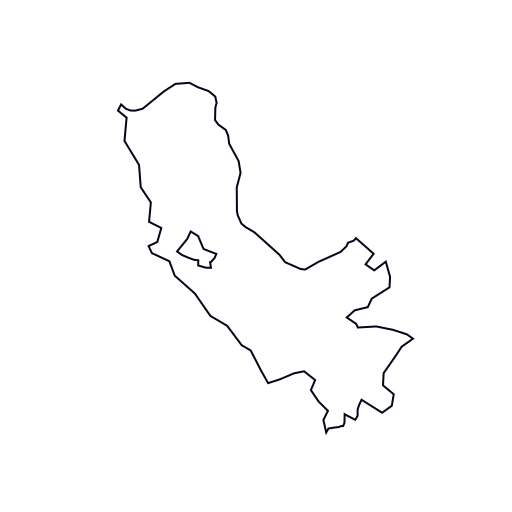 Pskent, Tashkent, Uzbekistan (Natural Earth projection), rotated 207°
{"feature_id": "79887680B75193688061986", "entity_name": "Pskent", "entity_type": "district", "adm_level": 2, "iso_a3": "UZB", "parent_name": "Uzbekistan", "parent_adm1": "Tashkent", "projection": "natural_earth1", "projection_center": [69.451, 40.796], "detail": "fine", "context": "isolated", "style": "outline", "palette": "ink", "viewbox_px": 512, "rotation_deg": 207, "n_neighbors": 0, "source": "geoboundaries", "source_scale": "gbopen_adm2", "svg_char_len": 1651}
<svg xmlns="http://www.w3.org/2000/svg" viewBox="0 0 512 512"><g transform="rotate(207 256 256)"><path d="M113.3,130.6L113.1,135.2L109.3,138.0L106.6,139.9L105.0,140.8L102.8,143.2L101.1,144.1L101.5,147.6L105.2,155.3L103.6,155.2L93.2,155.1L93.0,157.6L92.9,159.6L93.4,160.7L95.7,165.3L96.5,169.8L96.7,175.8L72.5,173.6L67.0,184.2L70.5,195.3L84.1,198.4L89.1,209.6L86.4,229.0L85.0,241.4L78.6,253.6L85.8,254.7L100.5,252.4L116.9,247.8L132.8,238.5L135.9,241.0L147.2,242.4L143.4,252.4L133.2,261.2L133.5,270.6L122.8,288.7L127.1,298.3L137.8,309.9L144.1,296.9L154.6,298.3L152.2,311.4L175.1,317.3L175.7,314.3L180.0,309.6L179.8,305.7L182.5,298.0L188.6,290.4L197.8,279.0L206.1,266.2L210.3,264.7L227.2,263.7L235.8,267.8L268.2,276.4L278.3,277.0L283.8,278.3L290.8,284.0L293.4,287.4L304.3,308.4L307.5,323.1L314.6,332.7L330.8,343.8L335.6,350.8L340.1,354.6L349.0,355.9L354.2,358.5L359.6,369.8L360.6,374.5L364.6,379.5L367.8,380.3L373.1,381.4L384.4,380.0L393.9,380.1L405.9,372.8L412.7,361.0L423.9,335.7L429.6,330.7L433.7,328.7L438.7,328.1L445.0,329.8L445.0,322.9L434.1,320.5L425.4,298.8L401.6,284.1L389.9,264.9L374.0,256.0L366.8,237.9L353.1,238.0L350.3,223.7L356.2,216.1L350.1,211.3L330.8,212.0L319.5,201.6L293.4,194.8L269.4,181.9L250.0,180.7L228.2,170.0L217.8,169.4L199.6,156.3L187.5,148.2L178.6,157.1L168.9,168.7L160.8,175.1L147.0,172.3L146.2,161.4L134.0,154.7L121.6,150.7L121.5,140.5L113.3,130.6ZM303.2,221.3L305.5,226.0L309.4,224.5L315.4,223.8L322.1,223.3L328.4,224.2L325.0,240.0L325.3,248.2L316.6,247.5L306.0,238.5L298.9,239.1L292.3,239.9L292.0,235.4L293.4,230.1L294.1,229.7L290.8,225.0L295.5,222.8L303.2,221.3Z" fill="none" stroke="#020617" stroke-width="2"/></g></svg>